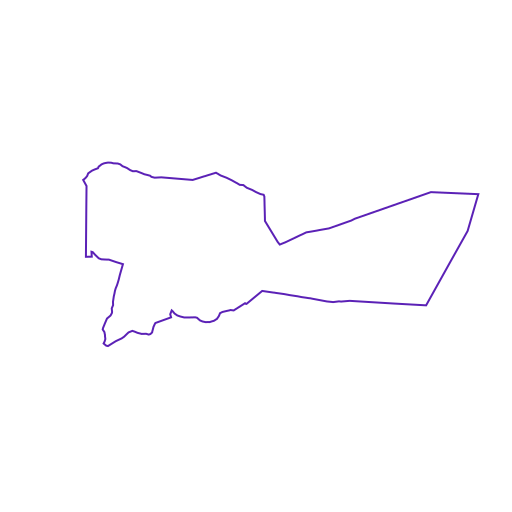 the district of San Pedro Ixtlahuaca, Oaxaca, Mexico, rotated 201°
{"feature_id": "50627088B44987395526438", "entity_name": "San Pedro Ixtlahuaca", "entity_type": "district", "adm_level": 2, "iso_a3": "MEX", "parent_name": "Mexico", "parent_adm1": "Oaxaca", "projection": "natural_earth1", "projection_center": [-96.815, 17.054], "detail": "fine", "context": "isolated", "style": "outline", "palette": "violet", "viewbox_px": 512, "rotation_deg": 201, "n_neighbors": 0, "source": "geoboundaries", "source_scale": "gbopen_adm2", "svg_char_len": 2909}
<svg xmlns="http://www.w3.org/2000/svg" viewBox="0 0 512 512"><g transform="rotate(201 256 256)"><path d="M342.4,304.3L372.6,295.5L377.1,293.5L378.7,292.8L382.0,292.4L383.6,293.0L386.5,292.7L389.5,292.3L392.4,292.4L395.3,292.4L398.0,292.4L401.4,291.0L404.3,291.1L407.9,291.9L410.1,292.0L412.8,292.0L415.5,292.9L418.2,292.8L422.4,291.4L424.6,291.2L427.6,290.2L430.0,288.8L431.4,287.8L433.1,286.1L433.8,284.8L434.9,283.1L435.0,281.3L437.7,278.9L439.7,276.9L442.3,273.0L442.3,270.2L442.9,268.3L443.7,266.6L444.6,265.1L443.9,264.5L439.3,260.6L431.7,240.2L414.5,194.3L409.1,196.5L411.1,201.0L409.8,201.1L406.7,199.5L402.0,197.5L399.2,197.5L395.4,198.7L392.0,199.9L384.2,200.2L377.3,200.7L376.6,192.6L376.3,189.3L375.7,184.7L375.4,180.8L375.3,178.6L375.4,175.6L375.2,173.0L374.7,170.3L374.3,167.4L373.1,162.0L371.8,158.9L371.9,155.4L370.4,152.4L370.1,151.4L370.3,149.3L370.5,148.2L372.7,144.2L372.9,139.2L373.0,134.1L372.8,132.5L370.2,130.6L369.5,129.4L368.7,128.2L368.2,126.9L367.9,126.4L366.9,124.5L366.7,122.0L366.9,119.7L363.7,118.6L361.9,118.9L359.2,122.5L356.4,126.2L354.7,128.0L351.9,130.9L350.2,133.4L348.7,136.7L347.6,139.0L344.6,141.8L342.1,141.9L339.1,141.8L334.8,142.3L330.7,144.0L328.0,144.2L326.6,145.3L325.6,147.4L325.8,148.6L326.0,150.6L326.3,153.1L326.1,156.2L325.9,157.4L313.3,168.3L315.2,170.9L315.2,175.0L314.1,174.6L311.4,173.1L308.2,172.3L305.0,172.4L300.9,172.9L299.2,173.6L295.8,174.9L290.7,177.0L288.8,177.2L287.9,176.8L286.3,176.2L285.2,175.8L282.5,175.7L279.3,176.2L277.7,176.9L276.4,177.4L275.5,177.7L275.2,178.0L274.2,178.8L273.8,179.1L273.5,179.4L272.6,180.0L272.0,180.5L271.1,181.7L270.7,182.3L270.4,182.7L270.0,183.1L269.5,185.1L269.2,186.3L269.1,187.6L269.1,188.9L269.1,189.7L268.2,190.7L267.3,191.7L266.0,192.6L263.2,194.5L261.5,195.6L261.1,195.9L260.5,196.4L257.3,197.2L257.1,197.5L249.3,208.0L248.1,207.7L247.7,207.9L237.7,225.6L232.8,226.7L226.6,228.1L226.0,228.3L224.0,228.7L216.3,230.5L212.0,231.3L210.8,231.5L202.7,233.3L198.6,234.0L194.3,235.0L191.9,235.5L190.1,236.0L188.1,236.3L173.4,239.0L172.0,239.4L167.5,240.6L166.9,240.9L162.3,243.4L160.1,244.0L158.5,244.8L156.0,246.0L152.5,247.7L109.7,261.2L79.5,270.9L72.5,320.1L67.4,355.2L69.0,374.3L70.6,393.4L115.6,378.3L177.0,326.3L179.8,323.2L184.4,319.3L197.8,307.9L206.0,303.0L208.2,301.6L213.9,298.2L217.5,296.1L220.5,292.9L222.1,291.3L233.7,279.1L234.8,278.1L237.9,275.2L240.8,276.9L252.7,286.1L260.2,291.9L261.2,294.4L263.5,300.0L266.5,307.2L267.3,309.2L269.5,314.5L270.8,315.9L274.1,315.4L279.2,315.7L280.4,315.9L283.3,316.3L283.5,316.3L289.0,316.4L292.4,317.4L293.1,317.7L294.8,317.2L296.7,316.6L299.9,317.2L301.0,317.3L305.8,318.0L311.5,318.5L314.7,318.5L317.1,318.5L317.8,318.5L318.4,318.6L319.7,318.8L321.0,319.1L322.1,319.2L323.2,319.4L325.5,317.6L326.3,317.0L327.5,316.0L329.2,314.7L330.1,314.0L332.3,312.2L332.8,311.9L334.7,310.4L336.3,309.1L342.4,304.3Z" fill="none" stroke="#5b21b6" stroke-width="2"/></g></svg>